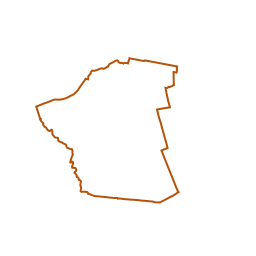 the district of Maracineni, Buzau, Romania, rotated 134°
{"feature_id": "2599482B67036070317980", "entity_name": "Maracineni", "entity_type": "district", "adm_level": 2, "iso_a3": "ROU", "parent_name": "Romania", "parent_adm1": "Buzau", "projection": "albers", "projection_center": [26.812, 45.202], "detail": "fine", "context": "isolated", "style": "outline", "palette": "amber", "viewbox_px": 256, "rotation_deg": 134, "n_neighbors": 0, "source": "geoboundaries", "source_scale": "gbopen_adm2", "svg_char_len": 4877}
<svg xmlns="http://www.w3.org/2000/svg" viewBox="0 0 256 256"><g transform="rotate(134 128 128)"><path d="M176.3,208.9L177.6,206.5L179.3,203.4L180.8,200.6L182.0,198.4L182.0,197.0L182.4,197.0L182.9,197.1L183.5,194.6L183.4,193.1L183.4,192.2L183.8,192.0L184.4,191.6L184.7,191.1L184.8,190.6L184.8,190.1L185.0,188.6L184.9,187.9L184.6,187.7L184.7,186.6L185.1,185.2L185.2,183.7L184.8,182.5L184.2,182.1L183.2,182.1L182.6,182.0L182.3,181.7L182.4,181.1L182.6,180.5L183.5,179.6L184.8,178.3L185.3,177.1L185.4,175.8L185.4,174.6L185.2,173.4L184.4,172.3L184.0,171.8L183.9,171.4L184.0,171.2L184.2,170.9L184.7,170.3L185.3,169.7L185.6,169.4L185.6,169.0L185.5,168.6L185.3,167.9L185.1,167.1L184.7,166.3L184.3,165.8L184.2,165.5L184.2,164.9L184.3,164.6L183.8,163.3L183.2,161.5L183.1,161.2L183.3,160.7L183.5,160.2L184.1,159.2L184.4,158.7L184.5,158.1L184.5,157.8L184.2,157.3L184.0,157.0L183.9,156.7L183.3,155.0L183.0,154.6L182.7,154.1L182.3,153.7L182.2,153.5L182.3,153.3L182.4,153.0L182.7,152.5L183.2,151.9L183.5,151.5L183.8,151.4L184.1,151.1L184.5,150.7L184.8,150.4L184.8,150.0L185.5,149.2L186.0,148.8L186.9,148.8L187.9,148.3L189.7,147.5L191.5,146.5L192.3,146.0L192.8,145.6L192.8,145.3L192.7,145.1L191.6,144.9L190.9,144.7L190.7,144.1L190.9,143.7L191.8,142.8L193.8,141.8L194.9,141.3L195.3,140.5L194.8,139.9L193.9,138.9L193.5,138.2L193.5,137.6L193.7,136.7L194.1,136.0L194.7,135.6L195.5,135.6L196.4,135.8L197.2,135.6L197.4,135.2L197.4,134.0L197.5,133.0L197.6,132.1L198.0,131.7L198.7,131.1L198.8,130.9L198.7,130.5L198.5,130.1L198.3,129.5L198.4,128.9L198.6,128.4L199.0,127.9L199.3,127.6L199.5,127.2L199.4,126.9L199.1,126.4L198.9,126.0L198.9,125.4L199.0,124.9L199.4,124.5L200.1,124.1L200.7,123.8L201.1,123.4L201.5,123.1L202.3,122.4L202.7,122.0L202.7,121.6L203.1,120.9L203.7,120.1L204.0,119.7L204.6,119.3L205.2,119.0L206.0,118.6L206.4,118.1L206.4,117.9L206.4,117.5L206.2,117.2L206.0,116.9L205.7,116.7L205.4,116.4L204.9,115.9L204.4,115.4L204.0,115.0L203.7,114.7L203.5,114.3L202.8,113.3L202.5,112.8L202.4,112.6L202.4,112.4L202.4,111.9L202.5,111.7L202.7,111.2L202.8,111.0L203.0,110.8L202.7,110.5L202.4,110.1L202.1,109.4L201.6,108.1L201.1,107.0L200.7,106.0L200.2,104.9L200.1,104.7L199.0,103.3L197.6,101.6L193.7,96.7L193.4,96.4L192.4,95.0L189.7,91.5L187.7,89.0L186.7,87.9L186.2,87.5L185.9,87.2L185.9,86.9L185.9,86.2L185.3,86.0L184.1,84.4L183.9,84.3L183.6,83.9L183.0,83.1L182.6,82.4L181.7,81.3L181.3,80.7L178.4,77.3L178.2,77.0L177.2,75.8L175.8,74.2L175.2,73.5L174.3,72.3L173.4,71.3L172.7,70.5L172.3,69.8L170.6,67.6L170.2,67.2L169.7,66.5L169.4,66.2L168.6,65.2L167.1,63.3L165.6,61.4L164.5,60.1L163.7,59.1L163.4,58.5L163.3,58.2L163.2,57.7L162.9,57.3L161.9,56.0L161.1,55.2L160.6,54.7L160.0,54.1L159.7,53.6L159.4,53.3L159.0,53.2L154.9,51.8L149.1,49.9L145.4,48.6L139.0,47.1L139.0,47.4L138.7,48.4L138.7,48.6L137.5,51.5L136.8,53.1L135.5,56.0L134.4,58.3L132.1,63.5L131.4,65.1L131.0,65.9L127.5,73.8L122.4,85.0L120.9,88.3L116.2,86.2L115.0,85.6L114.9,85.6L112.3,89.8L112.2,90.0L108.9,95.8L108.0,97.2L106.2,100.3L104.1,103.8L100.9,109.1L99.7,111.7L99.2,112.6L98.4,113.8L97.3,115.6L94.5,120.0L87.3,114.7L84.0,112.2L82.5,114.7L82.0,115.4L81.9,115.7L81.5,116.4L80.2,118.6L77.2,123.0L76.1,124.7L74.6,126.8L74.1,127.6L73.8,127.8L73.1,128.8L73.0,128.6L72.5,128.1L72.2,127.9L71.9,127.6L71.5,127.5L71.1,127.4L70.9,127.4L70.6,127.4L70.4,127.4L70.2,127.4L69.7,126.5L69.6,126.4L69.4,126.3L69.0,126.2L68.9,126.2L68.6,126.1L68.2,126.0L68.0,125.9L67.7,125.7L67.3,125.4L66.4,125.4L66.0,125.1L65.4,124.7L64.4,125.7L64.2,125.9L64.1,126.1L63.8,126.3L63.7,126.5L63.4,126.8L63.1,127.1L62.5,127.7L62.0,128.2L61.3,128.9L60.6,129.6L59.0,131.3L58.0,132.2L57.4,132.8L57.1,133.2L56.9,133.3L56.0,134.1L55.5,133.3L54.4,131.5L54.1,131.6L54.0,131.8L52.6,132.8L52.3,133.2L51.6,133.9L50.8,134.6L50.5,134.8L50.3,134.9L49.8,135.2L49.6,135.4L50.2,136.4L53.1,140.7L61.3,153.2L67.6,162.7L67.8,162.9L68.5,162.9L68.9,163.2L70.8,166.1L73.1,169.7L73.4,170.1L76.3,174.6L76.8,175.4L77.6,174.9L78.9,174.3L81.5,172.9L82.0,173.8L83.0,175.1L83.3,175.5L83.9,175.9L84.8,176.1L84.8,176.3L85.2,177.3L85.4,177.7L85.7,177.9L86.7,178.6L86.8,179.5L87.2,180.6L86.7,181.6L86.8,182.6L87.5,183.3L89.1,184.0L90.1,184.1L92.3,184.8L93.2,185.2L94.0,185.5L94.6,185.7L95.0,185.7L95.4,185.7L95.9,185.6L97.4,185.1L97.7,185.0L97.9,185.0L98.3,185.4L98.9,185.6L100.4,185.9L102.0,186.4L102.4,186.7L102.8,187.7L103.1,188.2L103.8,188.6L104.5,189.2L106.1,189.8L106.9,190.2L108.3,190.8L110.3,192.0L111.7,193.7L113.5,193.5L114.9,192.7L118.0,192.6L120.7,190.5L122.1,192.7L124.2,192.2L126.3,191.9L132.3,191.0L134.3,190.6L135.4,190.4L137.9,190.2L139.9,190.3L141.0,190.4L143.6,191.1L144.4,191.6L145.4,192.0L145.6,192.0L146.1,191.9L146.4,192.0L148.9,193.1L150.2,193.6L151.8,194.5L153.2,195.4L154.4,196.3L155.2,197.0L156.4,198.2L157.4,199.5L158.5,200.5L158.8,200.7L159.4,201.0L161.2,201.9L162.7,202.5L166.1,204.1L169.0,205.6L174.6,208.1L176.3,208.9Z" fill="none" stroke="#b45309" stroke-width="2"/></g></svg>